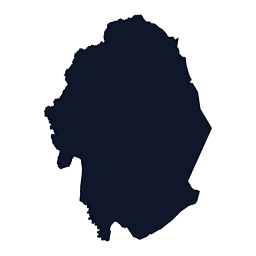 Ixcateopan de Cuauhtémoc, Guerrero, Mexico (Natural Earth projection)
{"feature_id": "50627088B27024757468193", "entity_name": "Ixcateopan de Cuauhtémoc", "entity_type": "district", "adm_level": 2, "iso_a3": "MEX", "parent_name": "Mexico", "parent_adm1": "Guerrero", "projection": "natural_earth1", "projection_center": [-99.804, 18.463], "detail": "fine", "context": "isolated", "style": "filled", "palette": "ink", "viewbox_px": 256, "rotation_deg": 0, "n_neighbors": 0, "source": "geoboundaries", "source_scale": "gbopen_adm2", "svg_char_len": 5590}
<svg xmlns="http://www.w3.org/2000/svg" viewBox="0 0 256 256"><path d="M199.0,191.6L196.7,190.5L194.8,190.5L194.0,190.3L191.6,188.5L191.0,187.7L188.3,182.7L187.0,181.6L211.1,128.2L199.8,109.2L197.3,92.3L192.2,83.7L188.5,83.4L189.2,81.8L190.9,79.6L190.2,78.6L188.6,75.2L185.7,64.7L184.9,57.8L182.2,57.5L178.6,53.9L178.6,50.8L177.6,48.2L176.3,48.0L177.5,40.0L177.6,38.8L175.5,40.4L175.0,40.5L172.8,37.3L169.9,37.7L168.4,37.5L167.1,36.5L166.0,34.2L162.2,30.0L158.7,27.8L154.9,24.6L153.4,24.0L151.5,24.2L148.9,22.0L147.1,22.6L145.0,21.4L143.3,19.0L142.2,18.0L142.0,16.9L141.5,16.9L141.2,15.5L139.9,15.4L138.6,15.9L137.4,15.5L135.7,16.1L135.1,15.6L133.6,16.6L133.5,17.1L133.0,17.5L131.3,18.9L130.9,18.9L130.4,18.7L129.6,18.6L128.8,18.2L128.4,18.2L128.1,19.1L128.1,19.5L127.7,20.0L126.8,20.6L126.1,19.8L124.8,21.3L123.6,20.4L122.8,20.3L122.1,20.6L121.7,20.5L121.3,19.4L120.9,19.2L120.3,19.6L119.1,19.7L118.8,20.4L118.2,20.9L118.0,21.4L117.7,21.6L117.1,21.4L116.3,21.6L114.8,21.5L114.4,21.7L113.9,22.2L113.4,22.4L112.6,22.4L110.9,23.1L110.2,23.0L108.9,24.1L108.1,24.5L107.9,25.5L108.1,26.5L107.7,27.3L107.6,28.6L106.3,29.7L106.2,30.7L105.0,31.8L104.8,32.9L105.0,33.3L104.9,34.3L104.8,34.8L104.2,36.1L104.2,36.7L104.5,38.3L104.6,39.2L105.1,40.4L105.3,41.9L104.4,43.0L102.9,43.3L102.0,42.7L101.6,42.1L100.9,42.8L101.0,43.3L100.2,44.4L100.0,44.9L99.4,44.5L98.7,44.5L98.0,45.4L97.5,45.5L97.0,46.0L96.6,46.2L95.6,46.0L94.2,46.8L93.7,46.0L92.9,45.6L91.7,45.7L91.4,46.2L91.4,47.2L91.2,47.7L90.8,47.8L90.2,46.9L89.6,46.5L89.0,46.9L88.6,46.9L87.5,47.9L87.6,48.7L87.5,49.1L86.8,49.1L85.1,50.1L83.7,50.6L83.3,50.6L82.0,49.1L81.4,49.2L81.2,49.5L80.3,49.1L79.9,49.3L79.3,50.1L78.9,51.2L77.1,52.2L77.0,53.7L76.8,54.0L76.2,54.1L76.0,54.3L75.9,54.7L75.4,54.2L75.4,55.2L74.8,55.8L74.7,56.1L75.3,57.5L75.3,57.8L74.7,58.9L74.0,59.3L73.8,60.7L73.0,61.5L73.0,62.7L73.3,63.5L73.2,64.2L72.7,64.9L71.7,65.2L71.3,66.2L70.9,66.6L70.7,67.5L69.9,68.1L69.6,68.7L67.9,69.9L67.4,70.0L67.1,69.8L66.7,70.1L66.5,71.2L66.2,71.8L65.9,72.0L66.0,74.1L64.8,74.9L65.9,75.7L66.4,77.6L65.7,78.9L65.7,79.9L66.8,81.0L67.9,83.1L68.1,83.5L68.1,84.3L68.4,84.9L68.3,85.8L67.8,86.3L67.1,86.3L66.2,87.4L65.7,88.4L65.7,89.6L64.8,90.0L64.6,90.4L63.9,90.6L63.6,90.9L63.4,91.6L63.7,92.2L63.0,93.1L62.9,94.0L62.6,94.8L62.2,95.4L61.7,95.5L61.6,95.9L61.2,96.3L61.2,97.1L60.5,97.4L60.0,98.3L59.8,99.4L59.4,99.7L59.0,99.7L58.2,99.1L56.6,99.8L56.4,99.7L56.0,99.3L55.0,100.0L54.7,100.8L54.0,102.0L54.0,102.5L54.4,102.8L54.7,104.2L54.7,105.1L54.3,106.1L53.0,107.0L52.6,108.2L52.1,108.4L51.6,108.3L51.6,108.1L52.0,107.7L52.1,107.2L51.8,106.8L51.1,107.4L50.6,107.5L50.0,107.4L49.4,107.1L48.9,106.6L48.4,106.5L47.6,107.4L46.2,108.1L46.0,108.7L46.4,109.2L46.5,109.5L46.3,110.0L45.2,110.5L44.9,111.4L44.9,111.9L45.4,112.4L45.5,112.7L45.3,115.9L45.4,116.1L46.8,116.0L47.8,116.4L48.3,117.5L48.2,118.0L49.1,118.4L48.9,119.2L49.1,119.9L49.6,120.1L50.2,119.2L50.8,119.2L51.1,119.3L51.2,121.1L49.5,122.1L50.0,122.7L51.2,123.3L51.8,123.9L51.8,124.4L52.1,125.2L52.1,125.8L51.9,126.1L51.2,126.0L50.7,126.4L50.6,126.8L50.7,128.3L50.8,128.6L51.7,128.8L52.3,128.3L53.8,129.1L54.2,129.2L54.2,129.9L54.6,130.3L54.6,130.8L54.3,131.1L54.4,131.7L55.1,132.9L56.2,133.9L56.5,134.6L56.5,135.0L55.9,135.1L52.4,134.6L51.7,135.1L51.6,137.3L52.6,139.5L52.9,140.6L52.9,141.8L53.3,143.2L53.9,143.6L55.5,146.7L56.1,147.1L57.1,147.0L57.4,147.6L57.0,148.8L58.0,148.9L59.6,149.8L60.2,150.7L60.6,152.2L59.7,153.6L59.7,154.2L59.9,154.7L60.3,155.1L60.2,155.5L59.9,155.8L59.2,156.1L58.6,156.8L58.2,158.8L58.5,159.5L58.4,160.0L57.8,161.1L57.6,162.9L57.9,164.1L59.0,164.6L59.1,165.1L58.5,166.2L58.7,166.5L59.0,166.6L59.3,167.1L59.9,167.5L60.5,168.3L60.8,168.5L63.4,167.3L65.4,166.8L66.8,166.3L68.9,165.9L70.7,162.2L70.9,161.3L71.4,160.1L71.0,158.6L72.3,158.1L72.8,156.9L73.8,156.1L74.2,155.5L79.5,157.7L81.2,158.8L81.7,160.0L82.0,163.7L82.4,165.4L82.7,168.0L82.7,172.7L80.9,187.3L81.0,188.9L80.7,191.6L81.0,194.0L80.5,197.5L80.3,200.6L80.8,201.0L81.4,200.9L82.7,201.3L83.6,202.8L84.7,204.0L86.1,204.5L86.5,204.4L87.2,203.6L88.0,203.3L88.4,203.7L88.6,204.2L88.5,204.6L87.8,205.3L87.6,206.0L87.6,207.1L87.7,207.4L88.0,207.5L89.6,206.9L90.1,207.4L89.8,208.0L89.2,209.9L89.3,211.0L89.2,211.5L88.1,211.9L87.6,212.6L87.7,212.9L88.1,213.0L89.4,212.5L89.7,212.7L90.1,215.8L90.5,216.3L92.0,216.1L92.3,216.4L92.4,216.8L92.3,217.2L91.4,217.7L89.0,218.2L88.9,218.9L89.6,219.1L90.5,218.9L91.4,219.2L92.4,219.9L92.5,221.9L92.3,222.5L92.4,222.9L93.1,223.1L93.5,222.8L93.7,222.4L94.5,221.7L95.2,221.6L95.5,221.9L95.6,222.6L95.4,223.3L95.4,224.8L95.8,225.1L98.0,224.2L98.2,224.4L97.9,225.2L98.0,226.5L97.8,227.7L98.3,228.8L99.4,228.4L100.3,228.4L100.6,229.0L100.7,229.7L100.5,230.4L99.7,231.0L99.3,232.0L98.9,232.1L98.0,231.8L97.7,232.0L97.7,232.5L98.4,233.2L99.1,233.6L99.5,234.2L99.4,235.0L98.0,236.1L97.9,236.6L98.1,237.0L100.0,236.9L101.1,236.1L101.5,236.3L101.8,236.8L102.0,239.6L102.4,239.8L102.7,239.8L104.3,239.1L104.7,239.1L105.0,239.2L105.5,239.8L105.8,240.0L106.4,240.1L107.2,240.6L108.0,240.6L108.6,240.0L108.8,239.4L109.1,238.1L109.2,235.8L109.8,234.1L109.7,233.6L110.1,232.0L110.0,231.3L109.2,229.4L109.6,227.7L110.1,225.9L110.7,225.1L110.9,224.4L111.6,223.9L113.8,221.3L114.4,221.1L115.9,221.0L116.8,221.1L117.4,221.5L118.9,222.9L119.1,223.0L119.4,223.4L120.2,223.7L120.9,224.4L121.8,226.0L122.5,226.7L124.5,226.6L125.0,227.5L127.1,226.2L133.7,236.4L135.8,237.0L139.7,239.0L145.6,236.5L147.9,235.1L148.7,233.9L150.2,233.3L151.4,233.6L158.2,229.4L160.5,228.5L171.8,219.6L180.6,210.8L187.9,205.7L189.1,205.0L194.8,203.3L196.4,201.0L199.0,191.6Z" fill="#0f172a" stroke="#020617" stroke-width="1.5"/></svg>